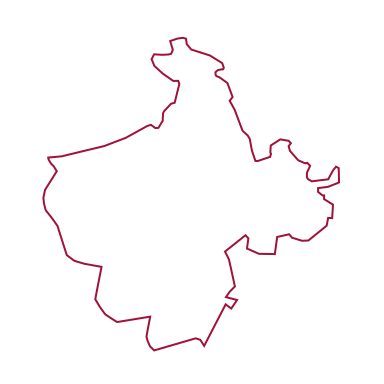 Essex, Massachusetts, United States of America (Albers equal-area conic projection), rotated 264°
{"feature_id": "52423323B80508488513851", "entity_name": "Essex", "entity_type": "district", "adm_level": 2, "iso_a3": "USA", "parent_name": "United States of America", "parent_adm1": "Massachusetts", "projection": "albers", "projection_center": [-70.899, 42.651], "detail": "fine", "context": "isolated", "style": "outline", "palette": "rose", "viewbox_px": 384, "rotation_deg": 264, "n_neighbors": 0, "source": "geoboundaries", "source_scale": "gbopen_adm2", "svg_char_len": 1960}
<svg xmlns="http://www.w3.org/2000/svg" viewBox="0 0 384 384"><g transform="rotate(264 192 192)"><path d="M174.8,323.0L174.9,321.5L178.9,317.4L182.7,317.8L182.9,327.8L186.1,339.2L200.4,340.4L202.1,337.9L199.1,334.8L196.9,333.2L190.4,328.8L190.2,317.9L190.1,312.2L190.3,312.0L192.8,308.6L194.8,307.8L199.3,308.4L205.7,312.2L209.0,309.7L208.6,308.3L209.3,306.4L212.5,300.9L222.7,293.7L227.5,292.9L230.2,295.4L232.8,293.5L235.1,285.3L230.0,275.2L223.0,274.0L221.8,274.6L218.7,273.3L218.7,273.0L216.3,262.3L215.9,260.4L216.3,258.3L227.0,255.9L238.7,255.0L242.4,253.3L247.6,248.7L252.5,247.4L269.4,243.0L278.8,239.0L282.2,242.3L288.5,240.7L296.7,238.6L303.2,231.3L304.6,228.6L305.8,227.8L307.2,227.7L308.7,227.9L309.7,229.2L310.6,230.8L310.8,233.5L310.8,235.8L312.3,236.6L317.0,235.5L325.9,224.1L333.8,206.1L339.7,202.2L345.1,202.1L346.3,199.0L346.1,193.6L346.0,193.1L344.4,186.1L335.4,187.8L331.7,185.8L331.2,182.9L331.6,176.3L332.9,168.7L328.3,165.7L321.3,167.8L312.8,175.3L304.4,185.0L304.0,189.9L300.8,190.7L283.7,184.5L282.5,184.0L282.0,180.4L275.2,172.6L273.2,171.4L265.9,170.3L259.3,165.3L259.4,162.2L263.1,158.2L262.3,154.3L252.7,131.6L251.7,127.7L246.9,109.7L244.5,91.5L241.1,66.2L241.3,52.6L239.2,52.8L235.1,54.7L232.0,57.2L226.8,59.7L209.5,46.1L201.8,43.6L196.3,43.6L196.2,43.6L190.3,44.4L188.8,44.8L188.4,45.1L180.3,50.2L172.3,54.7L157.0,57.8L154.6,58.3L142.3,60.9L136.2,67.4L134.8,70.3L132.0,77.2L131.9,77.3L127.0,94.2L103.2,86.9L95.4,84.6L87.4,88.3L80.1,92.5L79.7,92.8L79.1,93.3L76.0,97.0L72.3,101.6L70.5,103.9L72.4,137.4L60.2,133.7L52.9,131.6L48.5,132.3L42.9,134.1L38.4,137.8L46.1,180.3L44.1,184.8L37.7,188.0L76.7,213.7L72.0,218.9L79.9,225.5L83.9,214.8L88.8,219.0L93.6,224.8L121.2,221.7L129.3,218.6L143.4,240.7L140.1,243.2L130.0,240.8L123.5,252.2L121.6,267.9L138.4,272.0L139.8,284.2L136.1,286.7L132.0,296.3L131.6,302.7L144.4,322.4L152.0,324.7L151.4,328.7L164.7,330.9L171.1,322.6L174.8,323.0Z" fill="none" stroke="#9f1239" stroke-width="2"/></g></svg>